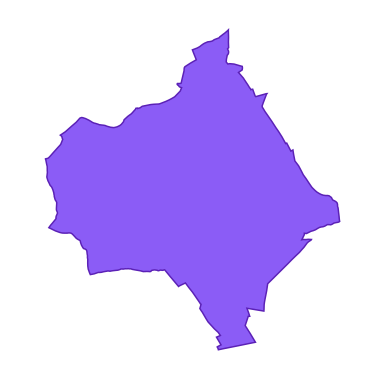 Calafindesti, Suceava, Romania, rotated 266°
{"feature_id": "2599482B65391270608519", "entity_name": "Calafindesti", "entity_type": "district", "adm_level": 2, "iso_a3": "ROU", "parent_name": "Romania", "parent_adm1": "Suceava", "projection": "albers", "projection_center": [26.102, 47.86], "detail": "fine", "context": "isolated", "style": "filled", "palette": "violet", "viewbox_px": 384, "rotation_deg": 266, "n_neighbors": 0, "source": "geoboundaries", "source_scale": "gbopen_adm2", "svg_char_len": 4963}
<svg xmlns="http://www.w3.org/2000/svg" viewBox="0 0 384 384"><g transform="rotate(266 192 192)"><path d="M351.2,239.6L350.1,238.3L348.4,236.0L347.8,235.1L347.2,234.1L345.9,232.2L344.8,230.5L344.0,229.9L343.8,229.4L342.6,225.4L342.1,224.2L341.4,223.2L341.0,221.9L340.8,220.2L340.7,218.2L339.6,215.0L338.8,213.4L337.7,211.6L336.5,209.9L335.3,207.3L334.5,204.7L333.8,202.3L330.5,203.3L323.6,205.5L320.7,199.5L317.5,193.7L316.3,192.9L313.4,192.5L308.3,190.9L303.8,189.5L301.4,188.8L301.2,188.4L301.1,186.6L301.3,185.4L301.2,184.9L300.5,184.7L299.8,185.1L299.2,185.9L298.7,186.2L297.8,186.8L297.2,187.8L296.8,188.9L293.5,187.3L288.2,181.4L286.8,178.6L285.5,175.7L284.1,172.0L283.4,169.7L282.2,165.8L282.1,164.8L282.2,159.7L282.1,156.9L281.0,148.4L280.5,147.5L280.1,146.9L279.6,146.0L279.5,145.7L279.2,144.1L279.1,143.6L279.5,143.5L279.5,142.5L279.4,141.8L278.5,141.4L276.9,139.7L275.2,138.0L273.8,136.3L273.2,135.2L271.9,133.2L268.8,129.3L268.2,129.1L266.8,128.5L264.4,126.2L263.5,124.9L262.6,122.8L262.2,121.7L261.8,119.4L261.7,118.4L262.3,115.2L263.6,111.6L264.4,110.0L264.8,108.4L265.1,106.7L265.6,104.2L266.2,103.0L267.1,100.7L267.7,98.8L268.5,97.4L269.4,96.2L270.8,94.2L272.7,90.9L273.8,88.1L274.0,86.9L273.5,85.3L269.7,81.4L266.2,76.7L260.9,69.8L257.9,64.6L257.1,65.5L256.2,66.1L255.1,66.2L253.5,66.7L252.7,66.3L251.2,65.6L248.6,64.3L246.5,62.1L240.7,56.1L237.5,52.9L236.0,51.2L235.6,50.2L235.4,48.9L235.4,48.4L235.2,48.1L234.2,48.4L229.5,49.0L227.9,49.3L226.9,49.3L223.3,49.1L221.6,49.1L218.4,48.5L217.5,48.3L216.5,48.3L213.2,49.1L210.8,50.1L209.7,50.5L208.6,50.9L207.2,52.0L206.4,52.5L204.1,53.3L203.3,53.5L202.4,53.7L200.6,54.1L199.5,54.1L198.6,54.3L197.0,54.3L195.1,54.7L193.7,55.0L191.9,56.0L191.0,56.3L189.7,56.2L185.9,55.7L185.0,55.6L183.5,55.5L182.5,55.8L181.5,56.2L180.6,56.3L180.2,56.3L179.0,55.7L177.3,54.8L175.9,54.5L175.3,54.5L174.9,54.5L170.8,50.7L168.7,48.6L166.4,46.7L162.7,53.1L160.9,57.2L160.4,58.7L160.1,59.9L159.8,62.6L159.7,64.8L159.8,66.5L159.6,67.6L159.3,68.6L158.3,69.8L156.1,71.6L153.8,73.4L152.4,75.3L151.6,76.7L151.0,77.1L149.5,77.3L146.8,78.0L144.0,79.3L143.1,80.0L142.4,81.7L141.7,82.5L140.3,83.0L137.5,83.1L135.8,83.3L133.9,83.1L132.0,83.3L128.2,83.0L125.4,82.9L122.3,83.1L118.4,84.2L116.7,84.8L117.2,88.8L118.3,92.8L118.2,94.4L118.2,95.9L118.6,98.1L118.8,100.0L119.1,102.7L118.7,104.7L118.8,105.4L119.0,107.5L119.1,109.7L119.2,112.7L119.7,114.8L120.1,115.6L120.1,116.4L119.9,118.4L120.1,119.9L120.0,120.9L119.9,121.9L120.0,122.9L119.7,124.2L119.6,125.7L119.0,127.0L118.5,128.9L117.8,131.7L117.0,135.0L116.0,137.8L115.9,141.3L115.7,143.3L115.5,144.3L115.6,145.3L116.6,146.3L116.8,147.8L116.9,149.3L116.6,150.6L116.4,151.7L116.1,152.2L115.8,152.7L115.9,153.7L116.1,154.3L116.3,154.9L116.1,156.2L115.9,157.5L116.2,158.5L116.3,159.3L108.7,164.7L98.7,172.0L99.0,172.4L99.7,174.0L101.7,179.1L96.1,182.7L92.2,185.4L88.0,187.9L81.2,191.9L79.8,192.6L79.4,193.2L77.9,192.7L75.2,191.7L73.1,192.8L71.5,193.8L64.8,197.1L61.2,199.0L53.9,204.8L50.2,208.3L46.9,210.3L45.5,206.3L42.7,207.7L37.5,210.3L35.8,206.4L35.7,206.3L34.2,207.0L33.8,207.2L33.3,207.2L32.8,207.3L33.5,212.3L35.4,227.3L36.8,237.8L37.7,244.8L46.4,240.4L54.9,235.8L55.2,235.8L59.3,237.5L64.0,239.4L64.0,240.9L67.8,240.0L72.2,238.7L70.4,246.2L68.2,255.4L69.5,255.6L74.5,256.1L77.0,256.6L80.5,257.5L88.3,259.6L95.2,261.1L106.4,274.1L110.3,278.6L114.1,283.0L117.4,286.7L121.2,291.2L124.2,294.9L127.1,297.8L129.0,299.8L133.1,303.3L134.3,304.8L135.7,307.4L136.3,307.8L136.7,304.7L136.6,302.5L136.7,301.1L136.9,299.7L136.7,298.2L139.1,299.6L141.5,301.0L143.0,301.2L142.8,302.0L142.6,303.3L143.7,306.0L144.5,307.9L145.0,310.3L145.7,312.5L147.1,315.2L147.8,316.8L148.1,318.5L148.2,320.3L148.7,322.1L149.5,323.7L150.0,324.7L149.9,326.3L149.6,328.1L150.0,329.4L151.1,331.5L151.4,333.4L151.6,335.5L151.9,336.6L152.4,337.3L153.6,337.1L157.6,337.0L161.2,336.8L164.1,336.7L166.0,336.6L167.5,336.2L169.7,336.3L171.2,335.9L172.5,334.7L173.2,333.6L174.2,331.9L175.5,331.2L176.8,330.7L177.8,329.5L178.4,328.8L178.7,328.4L179.0,327.2L179.1,326.5L179.1,325.4L179.4,324.0L179.5,323.4L179.6,322.9L180.5,320.7L181.7,318.7L182.5,317.6L183.3,316.5L184.9,314.9L187.5,312.6L188.5,311.8L192.4,309.5L197.2,306.8L201.4,304.2L205.2,302.6L209.5,300.7L210.8,300.1L215.8,296.8L222.2,296.0L226.9,295.6L225.9,293.5L234.2,289.9L233.8,288.8L240.7,285.6L246.4,282.5L250.1,280.3L256.8,276.6L263.9,272.4L267.2,270.4L270.6,268.7L271.6,268.1L272.5,268.0L273.0,268.0L273.7,268.3L276.5,269.5L284.3,273.1L284.9,273.6L284.9,273.0L282.7,262.3L283.3,261.7L290.3,259.7L290.2,259.0L290.0,257.8L290.4,257.8L292.6,256.4L293.8,255.8L295.5,254.9L297.0,254.0L298.8,253.0L300.5,252.0L301.9,251.3L308.0,246.7L309.5,249.3L310.3,250.6L312.2,251.0L313.8,250.9L314.5,248.9L316.7,242.9L317.4,238.5L317.2,236.7L319.3,235.2L322.0,235.6L326.0,236.7L326.9,237.6L328.2,238.2L330.0,238.3L332.3,237.4L333.4,238.6L339.2,238.8L340.2,238.9L343.4,239.2L345.1,239.3L350.4,239.5L351.2,239.6Z" fill="#8b5cf6" stroke="#5b21b6" stroke-width="1.5"/></g></svg>